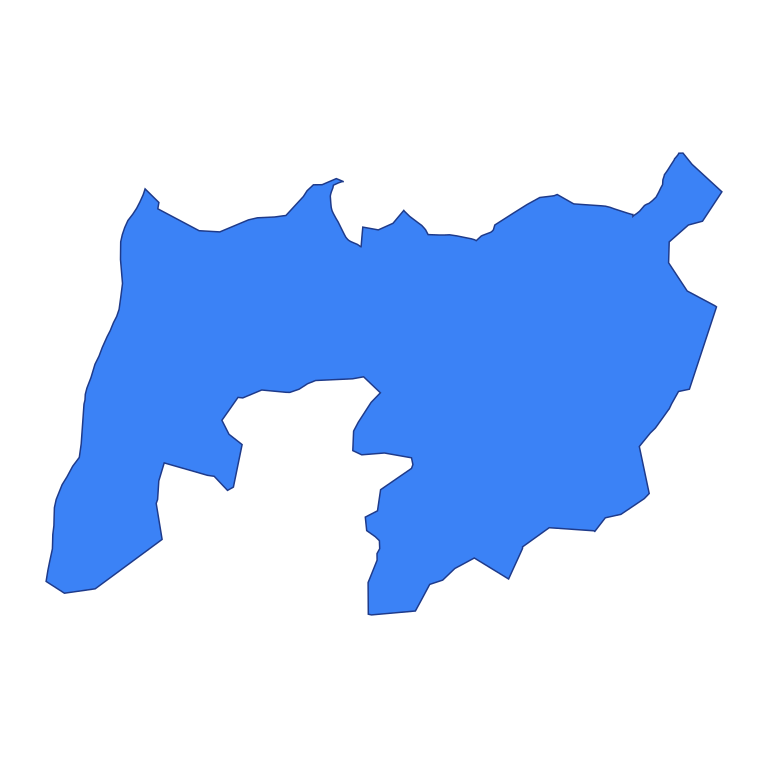 Isiala-Ngwa South, Abia, Nigeria
{"feature_id": "59680162B80116312922204", "entity_name": "Isiala-Ngwa South", "entity_type": "district", "adm_level": 2, "iso_a3": "NGA", "parent_name": "Nigeria", "parent_adm1": "Abia", "projection": "robinson", "projection_center": [7.387, 5.279], "detail": "fine", "context": "isolated", "style": "filled", "palette": "blue", "viewbox_px": 768, "rotation_deg": 0, "n_neighbors": 0, "source": "geoboundaries", "source_scale": "gbopen_adm2", "svg_char_len": 3071}
<svg xmlns="http://www.w3.org/2000/svg" viewBox="0 0 768 768"><path d="M64.4,593.2L95.2,588.8L152.9,546.2L162.1,539.4L156.2,503.4L157.6,499.5L158.8,480.9L164.2,462.9L207.4,475.3L214.2,476.3L215.4,477.6L215.8,478.0L227.5,490.4L233.4,487.1L242.1,444.6L229.0,434.3L221.9,420.3L229.8,409.1L238.0,397.4L242.8,397.9L261.7,390.0L285.0,392.2L285.8,392.3L289.8,392.4L299.1,389.2L307.6,383.7L315.6,380.5L352.6,378.8L363.6,376.8L380.4,392.8L371.1,402.4L358.3,422.2L353.6,431.1L352.8,450.6L361.7,454.8L384.4,453.0L411.5,457.8L412.9,464.6L411.5,468.4L380.6,489.7L377.5,510.8L365.3,517.1L366.7,530.6L375.3,536.7L379.4,540.7L379.7,548.7L377.0,553.6L377.1,560.2L369.6,578.9L368.1,582.5L368.3,614.2L371.5,614.9L415.4,611.0L421.3,600.1L429.7,584.4L442.7,580.1L454.8,568.5L474.3,558.0L508.6,579.0L513.1,569.1L518.8,556.7L522.2,549.2L522.6,548.0L522.5,546.9L549.2,527.7L593.9,530.8L594.8,531.4L605.3,517.8L621.0,514.3L644.3,498.6L649.2,493.5L639.3,446.5L640.2,445.4L650.3,433.0L655.4,428.0L662.1,418.7L668.8,409.3L669.1,409.1L671.6,403.8L678.5,391.5L689.4,389.2L716.5,306.9L715.5,306.1L687.2,291.0L668.6,262.8L669.2,241.9L688.4,225.0L702.5,221.2L721.9,191.8L692.0,164.3L683.0,153.1L678.8,153.2L678.2,154.5L676.6,156.5L674.5,158.9L674.2,159.9L670.9,165.0L668.2,169.3L666.6,171.7L664.4,174.7L664.2,175.8L662.9,179.8L662.6,184.6L660.7,188.1L658.7,192.3L656.1,197.1L652.1,200.9L649.1,203.3L646.4,204.4L644.5,205.5L639.6,211.2L636.9,213.4L633.7,215.6L632.9,216.4L632.8,214.5L632.1,214.5L627.4,213.1L614.4,208.9L610.0,207.3L605.5,206.2L601.3,205.8L585.0,204.7L576.6,204.1L575.2,204.0L573.9,203.9L573.2,203.6L557.2,194.5L554.2,195.7L551.5,196.1L539.8,197.5L527.1,204.5L513.4,213.1L494.8,225.0L493.4,229.8L492.4,231.0L490.7,232.3L488.3,233.2L482.8,235.3L481.3,236.0L476.2,240.7L474.7,239.8L471.4,238.8L466.3,237.8L456.9,235.9L449.6,234.8L444.7,235.0L438.9,235.0L428.1,234.6L425.6,229.8L424.0,227.9L421.7,225.4L418.7,223.2L409.7,216.4L404.4,211.2L403.8,210.4L393.0,223.3L378.3,229.9L362.8,227.1L361.9,237.1L361.1,246.7L360.4,246.6L359.3,245.7L357.4,244.4L353.8,242.9L350.6,241.5L348.5,240.2L347.3,239.0L345.8,237.2L344.3,234.4L341.1,228.0L338.1,221.9L336.0,218.4L333.4,213.6L332.1,210.8L331.6,209.0L331.2,207.2L330.8,203.1L330.3,196.1L330.7,194.1L331.3,192.0L332.9,187.8L333.4,185.2L338.4,182.9L342.1,181.6L343.7,181.7L339.0,179.7L336.3,178.6L322.1,184.7L313.4,184.8L307.1,190.7L303.4,196.5L285.9,215.5L283.3,215.8L274.5,217.0L257.4,217.8L248.4,219.9L219.8,231.9L199.1,230.7L157.8,208.8L158.9,202.5L145.1,188.9L143.9,192.6L143.1,194.9L139.9,202.0L136.7,208.2L132.7,214.3L127.9,220.5L124.7,227.6L122.3,234.7L120.7,241.8L120.6,249.8L120.5,259.6L121.8,275.1L122.5,283.3L122.5,283.6L121.7,289.8L120.8,296.9L119.1,309.3L116.7,316.4L113.5,322.6L111.6,327.2L110.3,330.5L107.1,336.7L102.3,347.4L99.0,356.2L95.0,364.2L91.0,377.5L86.9,388.1L85.3,394.3L85.0,400.0L84.0,404.1L81.2,443.9L79.3,457.4L72.7,466.2L67.0,476.8L62.1,484.7L56.2,499.4L54.4,507.7L54.1,517.7L53.9,525.7L52.8,534.6L52.6,542.7L52.4,548.9L49.7,561.4L47.9,570.3L46.1,581.4L64.4,593.2Z" fill="#3b82f6" stroke="#1e3a8a" stroke-width="1.5"/></svg>